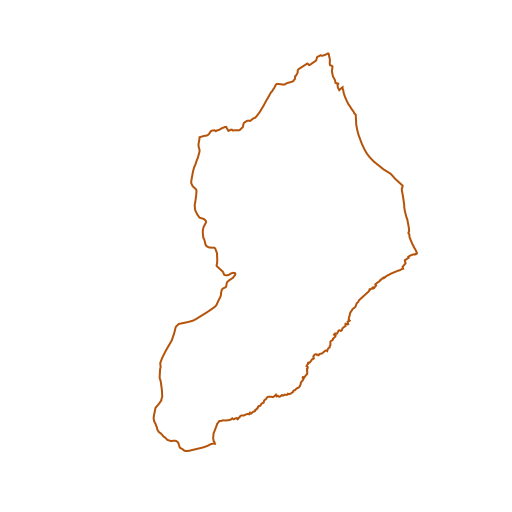 Pidie Jaya, Aceh, Indonesia (Equal Earth projection), rotated 47°
{"feature_id": "22746128B77747107542596", "entity_name": "Pidie Jaya", "entity_type": "district", "adm_level": 2, "iso_a3": "IDN", "parent_name": "Indonesia", "parent_adm1": "Aceh", "projection": "equal_earth", "projection_center": [96.234, 5.105], "detail": "fine", "context": "isolated", "style": "outline", "palette": "amber", "viewbox_px": 512, "rotation_deg": 47, "n_neighbors": 0, "source": "geoboundaries", "source_scale": "gbopen_adm2", "svg_char_len": 6080}
<svg xmlns="http://www.w3.org/2000/svg" viewBox="0 0 512 512"><g transform="rotate(47 256 256)"><path d="M359.3,212.5L358.6,210.9L358.8,197.4L358.0,195.9L358.4,195.9L358.7,192.6L359.1,193.0L359.3,192.8L359.6,192.8L359.9,191.4L359.7,191.3L359.7,189.3L359.4,188.9L359.4,188.2L358.1,188.0L358.1,186.9L358.6,183.3L358.6,181.3L358.4,181.3L358.7,177.7L359.3,177.8L359.6,176.3L359.4,176.2L359.4,175.7L359.7,174.0L361.1,168.9L363.8,161.6L364.3,161.1L365.2,157.6L365.6,157.1L363.9,156.2L363.4,151.7L360.6,150.1L361.4,145.6L360.5,145.3L360.7,143.4L361.9,140.3L362.4,139.4L363.0,139.2L363.3,137.8L363.6,137.5L363.8,137.6L363.9,137.2L363.7,136.3L359.8,135.0L357.1,134.5L356.3,134.0L354.5,133.7L350.0,132.1L347.0,130.9L344.7,129.1L343.3,129.0L342.7,128.3L342.7,127.7L342.4,127.3L340.7,125.7L332.6,120.5L330.6,119.7L324.8,116.6L321.4,114.3L320.0,113.0L313.6,108.5L307.4,104.5L306.3,103.6L305.8,102.8L305.4,101.6L304.5,100.8L294.3,101.6L288.1,101.4L279.8,103.6L267.5,105.4L261.2,105.5L257.1,105.1L252.4,104.1L245.9,102.0L237.1,98.3L233.2,96.2L228.4,93.2L220.7,86.7L218.7,86.8L217.3,86.3L212.7,85.7L211.2,85.3L208.1,84.9L204.6,83.9L200.1,82.3L196.7,80.8L194.2,79.1L192.3,78.3L191.6,77.6L191.5,78.0L191.5,82.0L188.6,81.2L186.3,79.6L186.3,78.7L186.0,78.3L183.6,79.8L181.5,78.4L176.8,77.1L172.4,74.3L169.8,71.0L168.9,70.7L166.9,71.7L165.6,70.9L163.4,68.6L161.1,66.9L160.2,66.6L158.4,65.3L157.3,64.9L156.9,65.3L156.1,68.2L154.6,71.2L153.1,72.0L153.2,72.4L152.3,75.0L152.2,75.6L153.9,78.5L154.0,79.1L152.9,86.5L152.5,87.0L150.6,87.0L150.2,87.3L148.4,97.4L148.8,99.0L150.3,100.5L150.6,101.2L151.5,104.4L151.3,104.9L151.8,105.6L153.0,106.6L153.5,109.9L150.5,116.0L150.1,118.1L149.6,118.8L144.6,123.1L144.2,124.0L144.4,125.1L145.5,127.9L146.1,130.7L146.6,132.1L146.5,133.4L148.5,139.5L149.3,142.4L151.1,147.5L153.4,155.6L154.2,160.6L154.3,162.5L153.4,164.7L153.3,168.1L152.1,169.0L151.3,169.9L150.9,171.1L150.5,173.5L150.5,174.3L151.1,175.5L151.9,176.4L152.7,177.7L152.8,182.0L152.2,183.0L149.4,186.0L148.6,187.1L148.2,187.5L147.1,187.5L146.7,188.0L146.2,188.8L146.2,189.6L145.7,190.8L145.1,190.9L144.2,190.4L142.4,190.2L141.4,189.7L140.5,190.7L139.2,194.1L138.7,196.5L138.1,198.0L137.6,198.7L137.3,200.3L135.8,200.6L134.5,202.3L133.9,203.9L134.6,206.6L134.7,208.3L134.6,209.1L133.8,210.7L133.0,211.7L130.6,216.3L131.9,217.6L135.0,221.8L136.9,223.4L138.9,224.4L140.5,225.4L141.5,226.7L144.6,231.7L145.6,234.0L148.1,238.6L148.5,240.0L151.2,244.4L155.8,250.6L157.8,253.1L158.9,253.8L161.3,254.6L162.5,254.7L166.1,254.4L167.3,254.7L169.2,256.6L171.2,258.8L175.1,263.6L177.0,266.2L180.5,268.9L181.5,269.4L185.6,270.6L189.0,271.1L189.8,271.0L191.7,269.8L193.6,268.8L195.5,268.7L196.7,269.0L197.2,269.5L198.0,271.5L199.0,274.5L200.8,277.2L202.5,278.9L206.8,282.2L208.2,282.4L211.7,284.2L212.2,284.7L214.5,285.5L216.7,285.0L217.6,284.5L218.6,283.8L221.4,280.9L222.3,280.7L223.1,280.9L227.4,282.6L230.4,285.3L231.6,286.2L234.5,289.1L235.9,291.1L236.5,291.6L244.9,291.0L245.7,291.1L247.2,291.9L248.1,292.0L248.7,291.8L250.2,290.6L251.2,288.9L251.9,285.7L252.7,284.2L253.8,283.3L254.4,283.0L255.2,283.4L255.6,284.2L256.2,287.8L255.4,292.8L255.4,294.5L255.8,295.8L257.9,298.5L258.1,299.5L257.3,302.2L257.2,303.0L257.3,303.9L259.0,306.5L260.6,308.2L261.7,310.1L263.0,313.9L264.9,318.4L265.1,320.5L264.9,322.5L263.7,330.4L261.1,343.5L260.2,346.4L257.9,350.8L253.0,358.9L253.1,362.7L253.5,363.6L256.8,368.7L260.2,375.0L263.7,386.4L266.4,393.8L268.9,398.9L269.9,399.8L272.1,401.4L273.7,403.7L279.4,409.6L282.6,411.1L290.2,416.5L294.9,420.5L296.6,423.4L297.0,423.6L297.9,427.7L298.5,433.0L303.1,439.5L305.0,441.7L307.5,443.2L310.3,444.0L313.3,445.2L315.9,446.6L318.6,447.1L320.9,446.6L325.5,446.7L326.5,446.3L330.1,446.2L333.3,444.4L335.6,441.4L337.2,440.4L339.5,440.2L343.9,442.3L344.7,442.3L347.5,441.4L349.0,441.3L350.5,440.6L352.5,438.3L359.8,425.5L361.8,421.0L362.8,417.3L364.2,415.0L365.3,414.1L363.5,413.2L362.5,413.2L360.0,411.6L356.9,408.1L352.8,399.7L352.4,399.4L351.7,395.3L352.8,394.1L353.6,392.3L355.2,390.8L357.4,388.0L358.5,385.9L358.5,384.1L359.8,383.9L360.3,383.5L360.5,382.4L361.1,381.0L361.3,380.8L362.8,380.9L362.9,380.4L362.4,379.7L362.4,379.1L362.9,378.3L362.4,377.2L362.4,376.3L362.8,375.3L364.4,373.6L365.2,370.9L366.2,369.3L367.0,369.1L366.6,367.5L367.4,367.8L367.9,367.3L368.0,364.0L368.5,363.3L368.7,362.6L368.6,362.0L368.1,361.6L368.2,360.6L368.6,360.0L368.2,359.3L368.3,357.9L367.8,357.7L367.6,357.1L367.7,356.2L368.5,354.9L367.8,353.1L367.9,352.1L368.5,350.4L367.5,349.1L367.2,348.1L367.5,346.5L367.0,344.8L367.1,343.6L367.3,343.1L369.3,340.8L370.7,340.0L371.1,338.3L371.0,336.0L372.8,336.6L373.1,335.3L374.2,335.2L374.9,334.9L375.2,334.4L375.2,333.5L375.4,333.1L375.3,332.1L375.7,331.6L376.5,331.5L376.7,331.2L376.9,329.9L377.3,329.7L377.3,329.2L378.5,328.2L378.8,327.7L378.9,326.9L378.6,326.6L379.8,325.8L380.1,324.8L380.3,324.5L380.7,321.8L380.2,321.0L380.1,320.3L380.3,319.7L380.7,319.2L380.6,318.0L380.7,316.0L381.2,315.0L381.4,313.9L381.0,312.5L380.1,310.6L379.1,309.4L378.7,306.1L378.3,305.1L377.1,305.1L376.5,304.3L376.6,304.0L377.6,303.9L377.8,303.6L377.2,300.6L377.2,299.0L375.4,297.3L374.7,297.1L374.3,296.2L373.3,295.8L373.1,294.4L372.4,293.9L371.0,294.1L370.5,292.7L370.5,291.7L369.6,290.8L369.6,290.4L370.4,290.0L370.6,289.6L370.2,287.0L369.8,285.8L369.8,285.4L370.2,284.7L370.3,283.5L368.7,282.8L368.4,282.2L368.2,280.4L368.4,279.5L368.7,279.1L369.6,279.0L370.3,278.2L370.9,278.3L371.3,277.9L371.0,276.5L372.3,274.1L372.5,270.0L372.9,269.2L374.0,268.8L373.7,268.5L372.9,266.2L373.0,264.3L372.8,264.0L372.1,263.5L371.8,262.2L369.5,260.2L369.3,259.5L369.7,256.9L369.0,256.1L369.0,252.9L368.5,252.1L366.8,252.6L366.6,251.8L366.5,251.2L366.7,250.9L367.7,250.2L368.0,249.4L366.9,246.5L367.2,245.6L368.6,245.1L368.8,244.6L368.8,243.7L368.1,242.5L367.8,241.5L368.1,239.3L368.3,238.4L366.6,236.8L366.8,236.5L368.5,235.7L368.7,235.0L367.7,234.7L367.1,233.9L366.5,233.7L366.7,232.6L367.2,232.1L367.2,231.5L365.6,231.5L363.7,228.8L363.5,228.2L362.3,226.7L361.8,225.8L360.7,221.4L361.0,218.7L360.8,217.6L359.3,214.7L359.3,212.5Z" fill="none" stroke="#b45309" stroke-width="2"/></g></svg>